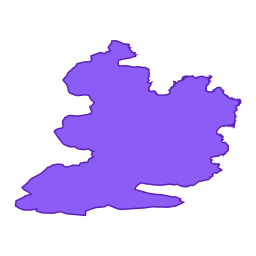 Borgarfjarðarhreppur, Austurland, Iceland (Natural Earth projection)
{"feature_id": "244011B88653491645149", "entity_name": "Borgarfjarðarhreppur", "entity_type": "district", "adm_level": 2, "iso_a3": "ISL", "parent_name": "Iceland", "parent_adm1": "Austurland", "projection": "natural_earth1", "projection_center": [-13.775, 65.462], "detail": "fine", "context": "isolated", "style": "filled", "palette": "violet", "viewbox_px": 256, "rotation_deg": 0, "n_neighbors": 0, "source": "geoboundaries", "source_scale": "gbopen_adm2", "svg_char_len": 5775}
<svg xmlns="http://www.w3.org/2000/svg" viewBox="0 0 256 256"><path d="M180.7,199.0L178.8,198.5L177.8,197.6L175.6,196.9L172.9,197.0L160.1,194.5L157.3,194.6L148.6,193.3L135.3,189.6L134.9,188.7L136.0,186.7L138.5,184.4L141.1,182.8L147.2,184.1L147.9,183.9L153.3,184.8L159.0,185.1L163.7,185.0L169.2,184.1L174.2,184.9L176.7,184.2L182.2,186.4L187.2,186.8L190.3,185.3L192.6,185.4L194.1,185.0L198.7,181.5L208.3,179.6L210.6,177.8L211.0,177.1L210.5,176.8L212.8,176.0L212.5,174.5L214.3,173.0L215.8,172.6L216.3,172.6L216.4,173.1L217.7,172.8L219.5,170.9L221.6,170.6L221.7,170.1L220.9,170.0L220.7,169.0L218.3,167.9L217.6,167.0L217.9,166.0L219.0,165.7L219.4,164.8L219.1,164.2L218.1,163.8L216.5,164.2L215.3,163.5L214.0,163.8L212.1,163.4L210.9,161.9L210.9,161.2L212.1,160.1L210.7,159.7L210.4,159.0L211.1,157.6L211.8,157.1L216.8,156.1L218.2,156.3L219.4,155.2L221.5,154.6L222.7,154.6L223.3,155.1L223.3,154.4L224.6,154.3L224.6,153.7L225.8,153.0L225.6,152.3L226.2,152.2L227.1,151.1L227.9,150.8L227.8,150.5L228.3,149.8L227.9,148.9L228.3,147.8L227.9,146.7L228.4,145.7L227.4,145.2L227.2,144.6L225.7,142.8L224.6,142.4L222.6,142.6L221.7,141.7L221.4,139.8L223.8,139.5L222.2,139.3L222.4,137.6L223.0,137.1L222.9,136.4L222.2,135.9L221.3,136.2L220.6,135.9L221.1,135.6L220.9,134.7L219.2,134.9L219.5,134.4L218.1,134.3L216.8,133.5L216.6,132.4L217.0,130.8L218.8,128.2L221.9,126.1L223.2,126.0L224.0,126.4L224.9,125.7L226.5,125.6L228.9,126.3L228.5,125.3L229.8,125.0L230.4,125.1L230.7,125.7L231.2,125.4L231.5,126.0L231.8,125.3L232.5,125.4L232.9,126.4L233.0,125.8L233.9,126.5L233.7,125.7L234.4,126.4L233.8,125.0L234.4,124.7L234.4,124.4L233.4,124.0L234.1,123.7L234.9,123.9L234.6,123.7L234.7,122.9L235.3,123.2L234.4,121.9L235.5,120.4L234.8,120.2L234.8,119.1L235.2,117.2L236.0,116.8L235.1,116.2L234.9,115.5L235.4,114.9L234.7,114.4L234.4,113.6L234.6,112.9L234.0,112.3L235.0,111.1L236.6,110.5L237.0,109.1L235.9,108.0L235.6,107.1L235.9,106.7L236.9,106.5L236.7,105.8L237.5,105.2L239.0,105.2L239.1,104.5L238.8,103.0L239.5,103.8L240.5,102.9L239.6,101.8L239.9,101.3L240.6,101.4L240.4,100.0L239.6,99.4L239.3,99.8L239.5,100.4L238.9,100.5L237.7,99.4L237.4,99.9L234.5,99.6L234.5,99.0L233.1,99.3L232.6,98.7L232.0,98.7L232.0,98.2L231.0,98.7L230.8,98.1L230.0,98.3L228.3,97.9L228.3,97.0L227.3,96.7L227.5,96.4L227.2,95.7L224.5,94.7L223.9,93.6L222.7,92.7L223.8,91.0L222.8,90.1L221.6,90.0L220.9,88.9L221.0,88.0L220.7,87.8L218.3,87.3L217.4,87.6L215.3,89.0L215.1,89.6L214.3,89.5L213.4,90.7L213.6,91.1L213.0,90.9L213.1,91.3L212.8,91.6L211.8,92.1L208.2,91.7L206.2,90.8L206.3,90.4L205.9,90.3L206.4,89.8L205.8,88.9L206.3,88.5L206.0,88.1L206.3,87.3L206.1,86.9L206.2,86.3L206.8,86.1L206.5,84.8L208.7,84.2L208.5,82.8L209.2,82.4L208.9,82.2L209.4,81.7L209.3,81.2L210.2,81.1L209.6,80.3L208.4,79.8L208.8,79.3L208.6,78.7L209.9,78.6L209.8,78.3L210.8,77.5L209.9,76.9L208.4,77.5L205.8,77.5L202.1,76.2L196.9,77.3L197.0,77.7L195.4,78.0L194.6,77.8L192.8,75.9L191.0,76.5L190.2,76.2L189.4,76.6L186.4,76.0L186.3,77.3L184.3,76.3L184.1,76.5L184.7,77.3L184.5,77.5L183.4,77.6L183.2,78.2L183.0,77.4L182.6,77.4L182.6,78.0L183.7,78.8L182.5,78.9L183.1,79.8L181.9,79.6L180.9,80.9L180.0,80.7L178.0,81.5L177.4,83.0L176.4,83.1L175.0,82.4L175.2,81.9L173.8,81.6L174.1,82.5L175.4,82.8L175.1,83.1L175.8,82.8L176.2,83.1L175.5,83.0L175.4,83.5L174.6,83.2L175.3,83.6L175.3,84.1L173.8,84.4L173.5,85.4L174.1,85.6L174.3,86.1L173.4,86.7L171.7,87.0L171.6,87.5L171.1,87.5L171.3,88.4L169.0,90.4L170.3,91.7L170.3,92.4L168.7,94.0L166.9,94.7L163.7,95.2L158.5,95.1L156.1,94.2L156.7,93.3L155.2,92.2L155.4,91.6L154.5,91.1L153.2,91.1L152.8,91.5L152.5,91.2L150.5,91.7L149.5,91.5L148.8,90.4L150.3,90.3L148.7,90.3L149.0,88.9L148.8,87.8L150.6,85.2L150.5,84.4L150.9,84.1L150.7,83.9L151.5,82.5L149.6,83.3L148.0,82.8L147.6,82.3L149.1,80.2L148.9,79.6L148.3,79.2L148.2,78.3L148.6,76.7L149.3,76.2L148.7,75.7L148.6,75.0L149.4,73.7L149.0,73.0L148.8,71.6L149.1,70.0L148.3,69.6L148.5,69.3L147.8,68.6L144.2,67.3L141.5,67.6L140.3,66.9L137.0,66.8L133.8,67.2L126.3,65.7L120.1,66.0L119.0,65.5L118.4,64.7L118.1,62.7L118.5,60.4L122.5,59.2L131.1,57.7L133.5,56.5L135.5,56.5L135.7,55.6L135.4,55.1L136.1,54.7L134.6,54.1L134.4,53.5L134.9,52.7L133.1,52.7L129.8,49.7L130.0,48.4L129.0,47.9L129.6,47.6L129.0,47.5L129.0,45.8L128.0,45.1L129.6,45.1L128.8,44.7L129.9,44.5L123.3,43.8L121.6,42.8L115.5,40.6L111.8,41.0L111.5,43.0L108.6,46.6L108.3,47.4L110.0,51.1L107.0,51.8L105.9,52.5L105.1,53.8L100.2,52.4L91.0,56.0L91.6,60.0L90.2,61.7L83.6,62.1L77.3,63.7L76.4,64.6L75.8,66.5L72.5,68.5L71.6,69.7L68.1,72.6L66.6,76.2L64.3,78.2L63.1,79.8L63.2,80.5L65.8,83.1L67.6,86.2L68.5,90.9L69.6,92.9L74.8,95.0L77.7,95.6L85.1,94.8L88.3,95.3L89.5,96.3L90.4,98.6L91.6,100.1L94.1,102.5L94.1,103.1L92.0,105.4L89.9,106.8L90.0,107.6L91.5,111.1L91.5,112.3L91.1,113.3L87.7,114.5L78.0,116.1L69.7,115.4L67.2,116.3L64.8,117.7L62.8,121.0L62.6,123.4L63.4,126.3L63.0,127.2L61.9,128.1L58.4,128.7L56.4,129.6L54.7,130.6L54.4,131.8L57.7,136.9L62.0,142.4L63.8,144.3L68.4,146.4L70.5,146.8L75.0,146.7L76.9,148.4L80.5,149.3L85.0,149.6L88.4,148.7L90.5,150.5L93.4,151.4L92.4,152.0L91.5,154.2L91.7,155.0L93.5,157.0L90.1,158.4L88.9,159.3L88.2,160.6L88.0,162.3L84.9,162.3L80.9,163.1L79.9,163.9L79.1,165.6L73.6,165.1L68.2,166.8L65.4,166.8L64.2,166.4L62.8,164.9L62.0,164.5L57.7,164.1L52.3,165.2L50.3,166.7L47.6,167.4L45.6,169.6L40.8,173.7L31.1,178.8L26.2,184.1L22.3,187.2L22.2,187.8L24.0,189.6L30.7,193.5L31.3,194.2L25.6,195.8L21.5,198.4L16.1,200.8L15.4,205.8L19.6,208.4L24.2,210.0L31.0,210.0L36.7,209.0L36.3,210.5L36.5,211.2L43.1,212.9L52.6,213.2L60.9,211.6L63.9,212.9L67.3,213.8L85.4,215.4L85.7,211.5L86.3,210.8L95.5,207.6L104.1,206.8L108.2,204.9L117.7,208.8L121.3,209.4L145.1,207.8L152.6,206.8L168.4,207.2L176.4,205.8L183.5,202.3L179.7,200.5L180.7,199.0ZM211.3,77.3L211.6,76.6L210.1,76.0L210.7,76.9L211.3,77.3Z" fill="#8b5cf6" stroke="#5b21b6" stroke-width="1.5"/></svg>